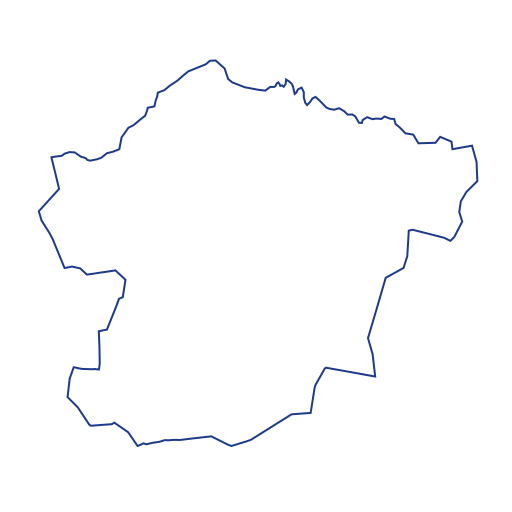 the district of Ibarapa North, Oyo, Nigeria, rotated 92°
{"feature_id": "59680162B62922932811240", "entity_name": "Ibarapa North", "entity_type": "district", "adm_level": 2, "iso_a3": "NGA", "parent_name": "Nigeria", "parent_adm1": "Oyo", "projection": "albers", "projection_center": [3.131, 7.658], "detail": "fine", "context": "isolated", "style": "outline", "palette": "blue", "viewbox_px": 512, "rotation_deg": 92, "n_neighbors": 0, "source": "geoboundaries", "source_scale": "gbopen_adm2", "svg_char_len": 2400}
<svg xmlns="http://www.w3.org/2000/svg" viewBox="0 0 512 512"><g transform="rotate(92 256 256)"><path d="M122.1,117.3L119.3,121.1L116.7,121.9L114.2,122.7L114.2,126.4L112.1,132.5L114.6,135.4L114.5,140.9L115.2,144.3L113.4,149.8L116.4,154.2L119.3,154.8L119.3,157.7L113.0,161.7L111.2,164.6L111.5,169.4L108.3,172.8L105.4,178.1L107.1,183.0L106.4,187.9L105.0,191.1L98.4,197.9L94.9,202.2L96.6,205.1L99.8,207.1L103.4,210.2L101.2,212.1L95.8,213.8L90.7,213.9L86.1,216.3L88.1,220.0L91.2,221.3L92.7,223.0L85.1,225.0L82.7,226.3L80.6,228.7L78.6,232.1L83.1,232.4L85.9,234.2L84.6,235.9L85.2,237.7L83.4,238.4L81.7,239.8L82.9,241.3L85.4,242.4L86.4,243.7L86.5,247.7L90.4,252.4L89.8,259.5L87.7,273.3L83.3,285.8L80.0,290.1L69.7,293.9L62.0,303.2L62.5,308.8L66.1,312.8L70.0,321.4L73.8,330.1L78.5,335.4L83.6,340.8L88.8,348.1L93.4,353.3L96.2,359.8L99.8,360.3L100.3,360.4L103.7,361.6L110.1,362.8L111.6,369.4L114.5,369.9L119.7,371.7L123.1,375.8L129.5,382.9L132.3,388.0L138.6,392.1L142.1,394.5L154.0,396.3L155.4,399.5L156.8,402.7L158.5,408.6L163.1,413.9L164.8,418.0L166.5,425.0L165.9,427.9L164.1,429.7L163.3,432.7L162.9,434.4L158.8,440.8L158.7,446.1L160.4,450.8L162.7,453.7L163.6,459.7L163.8,460.7L164.5,463.9L195.8,455.1L218.8,474.6L227.6,471.7L228.0,471.6L240.1,463.3L246.4,459.7L274.7,446.9L273.0,439.6L274.5,431.3L280.5,424.3L275.3,396.0L284.3,385.6L301.8,387.7L303.5,391.4L310.6,393.7L334.7,402.4L336.7,410.5L337.3,410.4L351.9,409.3L369.1,408.4L374.9,409.0L374.8,409.9L374.8,410.9L374.8,411.6L374.6,412.5L374.6,413.7L374.8,414.6L374.8,415.3L374.9,416.3L374.9,417.4L374.9,418.9L374.9,421.1L374.9,422.6L374.9,424.1L374.9,425.7L374.6,428.1L374.3,429.9L374.0,431.4L373.7,432.8L373.6,434.3L384.9,437.9L403.6,439.4L413.5,428.8L430.3,416.8L431.4,415.2L429.1,394.2L427.5,391.8L436.6,377.6L450.0,367.7L447.2,361.9L448.0,358.9L446.2,352.4L445.0,345.8L443.2,340.7L443.2,337.0L442.6,331.4L442.5,325.3L442.1,322.9L441.0,315.9L437.8,294.4L445.6,277.3L446.7,273.9L441.4,258.5L439.9,254.7L413.0,215.0L410.9,195.9L385.6,192.8L382.5,191.9L366.0,183.3L365.2,182.1L372.3,132.7L350.2,136.0L334.1,141.2L306.3,134.0L273.2,125.6L262.8,108.1L250.8,104.8L225.3,104.2L224.3,100.4L231.2,68.7L234.1,62.3L230.1,58.5L214.4,51.1L205.0,54.4L203.2,54.2L194.2,53.2L184.7,48.0L173.4,37.4L154.1,38.9L138.2,44.0L142.4,63.4L134.9,64.6L130.5,76.1L136.6,80.6L137.7,97.6L129.2,103.1L128.2,110.9L122.1,117.3Z" fill="none" stroke="#1e3a8a" stroke-width="2"/></g></svg>